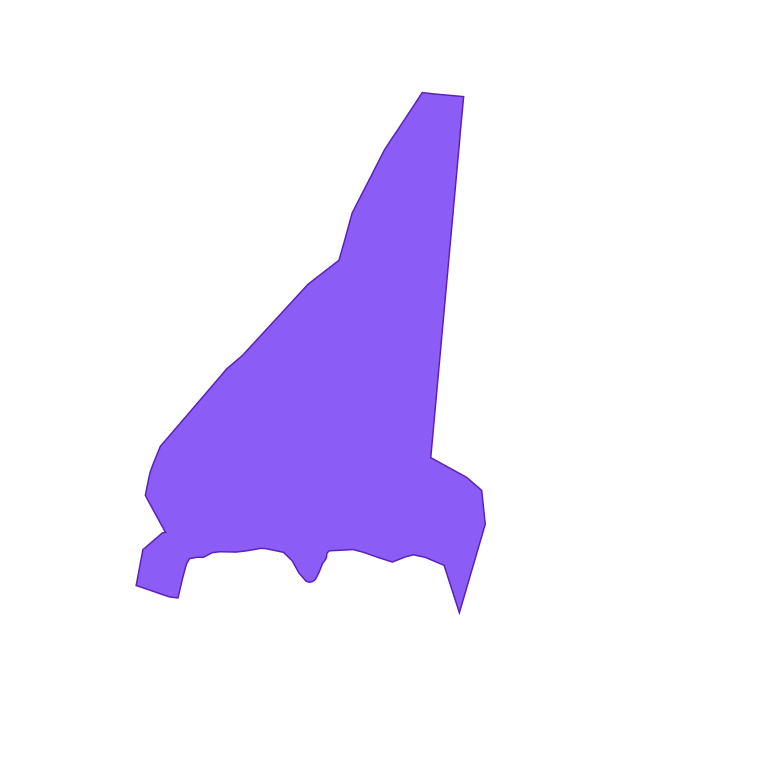 Shattaya, Central Darfur, Sudan, rotated 27°
{"feature_id": "16777658B37888835972570", "entity_name": "Shattaya", "entity_type": "district", "adm_level": 2, "iso_a3": "SDN", "parent_name": "Sudan", "parent_adm1": "Central Darfur", "projection": "orthographic", "projection_center": [23.815, 12.332], "detail": "fine", "context": "isolated", "style": "filled", "palette": "violet", "viewbox_px": 768, "rotation_deg": 27, "n_neighbors": 0, "source": "geoboundaries", "source_scale": "gbopen_adm2", "svg_char_len": 1500}
<svg xmlns="http://www.w3.org/2000/svg" viewBox="0 0 768 768"><g transform="rotate(27 384 384)"><path d="M324.5,91.8L294.4,103.8L288.9,105.8L286.5,106.7L286.1,106.8L285.9,106.9L285.7,107.7L285.7,108.2L285.6,108.9L285.4,110.4L285.2,112.3L284.6,117.9L282.8,134.0L280.8,151.8L279.4,162.9L278.5,171.7L278.3,173.0L278.1,175.4L278.1,178.4L278.1,208.0L278.0,234.0L278.0,237.7L278.0,238.2L278.0,241.6L278.0,246.2L283.5,272.8L287.7,294.2L271.1,329.4L247.3,414.3L245.0,422.6L244.8,423.1L237.0,441.8L236.8,442.6L234.6,452.1L225.7,488.8L217.3,523.6L214.4,535.5L213.0,541.0L214.6,559.9L215.4,566.7L215.6,568.2L215.7,568.7L217.3,575.2L218.9,580.9L220.8,587.7L221.2,589.1L221.3,589.3L221.6,590.5L221.9,591.5L225.1,593.8L226.6,594.9L238.3,602.9L243.6,606.5L245.8,608.0L246.3,608.3L247.5,609.2L249.4,610.5L250.8,611.4L251.2,611.7L252.1,612.3L253.0,612.9L256.7,615.4L254.2,617.2L249.0,629.9L244.4,641.1L254.7,676.1L257.3,675.7L289.1,671.2L297.5,668.2L296.8,665.1L293.9,653.3L293.2,650.6L289.7,634.2L290.0,627.9L296.6,622.9L301.6,620.6L307.6,612.2L314.0,607.9L328.5,600.9L336.9,595.3L348.8,586.4L353.6,584.3L370.9,579.6L382.3,583.1L394.2,591.1L404.1,595.1L407.3,594.6L410.0,592.5L411.6,589.2L411.6,581.0L410.7,571.6L411.6,566.9L411.4,564.3L410.0,560.8L410.8,557.6L431.5,545.6L441.9,543.3L458.4,541.1L472.3,538.8L481.2,528.7L487.7,522.8L499.7,519.7L519.9,518.3L555.0,553.6L537.9,463.0L519.4,434.5L500.1,429.7L459.1,428.4L341.4,134.1L338.4,126.8L324.5,91.8Z" fill="#8b5cf6" stroke="#5b21b6" stroke-width="1.5"/></g></svg>